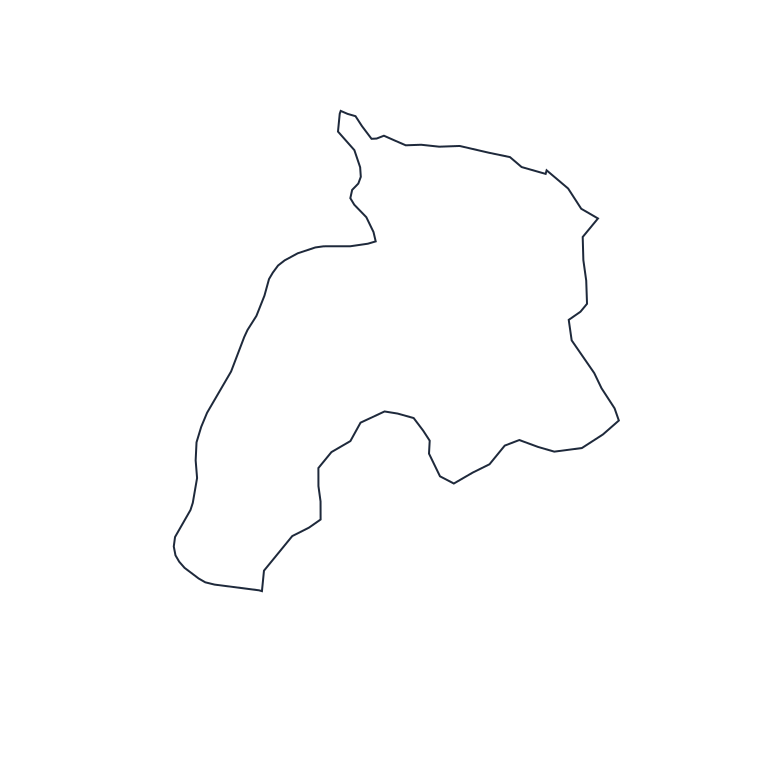 the district of Kujang, P'yŏngan-bukto, North Korea, rotated 129°
{"feature_id": "82179303B72462969749210", "entity_name": "Kujang", "entity_type": "district", "adm_level": 2, "iso_a3": "PRK", "parent_name": "North Korea", "parent_adm1": "P'yŏngan-bukto", "projection": "albers", "projection_center": [126.087, 39.934], "detail": "fine", "context": "isolated", "style": "outline", "palette": "slate", "viewbox_px": 768, "rotation_deg": 129, "n_neighbors": 0, "source": "geoboundaries", "source_scale": "gbopen_adm2", "svg_char_len": 1402}
<svg xmlns="http://www.w3.org/2000/svg" viewBox="0 0 768 768"><g transform="rotate(129 384 384)"><path d="M264.6,178.5L257.8,189.5L250.4,212.3L243.2,227.5L232.0,265.6L217.9,280.8L204.2,276.8L193.9,276.7L176.4,291.9L162.3,307.0L144.7,322.1L120.7,321.9L123.7,341.0L116.2,363.9L115.6,392.1L119.0,390.6L128.8,413.6L128.4,428.9L138.3,448.1L151.4,475.0L164.8,490.4L174.7,505.7L184.8,517.3L188.0,528.8L191.1,540.3L197.9,544.2L201.3,548.0L197.5,563.3L193.8,574.7L197.0,582.3L199.0,589.5L201.8,588.5L216.8,578.6L220.9,554.2L230.6,538.9L237.6,532.4L244.4,530.1L253.2,530.9L260.8,527.1L263.4,519.9L265.5,502.7L272.5,487.8L278.4,480.2L285.1,484.8L298.3,497.0L315.0,517.6L321.1,523.3L336.7,533.3L350.4,539.0L358.6,540.9L367.4,540.5L374.8,539.4L390.6,532.5L406.9,527.4L411.4,526.0L427.8,524.1L435.4,522.2L470.5,510.7L517.7,503.4L532.3,499.1L547.3,493.0L561.9,482.3L574.7,470.1L596.7,457.8L603.7,455.1L634.4,450.1L642.6,445.1L648.4,438.2L651.0,431.3L652.4,423.3L651.8,405.7L650.6,398.1L646.5,389.4L623.0,351.3L621.8,348.5L604.6,359.8L583.9,359.7L559.9,359.6L542.8,351.9L529.2,348.0L515.2,359.4L504.6,370.7L490.6,382.1L470.0,382.0L449.5,374.2L428.8,377.9L405.0,366.3L398.4,354.8L391.8,339.5L395.6,324.2L399.3,312.8L409.8,305.2L420.5,282.4L417.4,267.1L397.0,259.3L380.0,251.5L355.9,251.4L342.4,243.6L335.9,224.5L329.4,209.1L309.2,189.9L285.4,182.1L264.6,178.5Z" fill="none" stroke="#1e293b" stroke-width="2"/></g></svg>